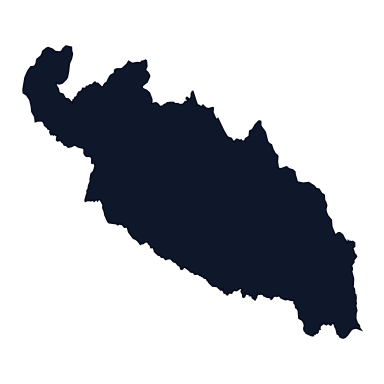 Vibhavadi, Surat Thani, Thailand
{"feature_id": "78962969B95788991871797", "entity_name": "Vibhavadi", "entity_type": "district", "adm_level": 2, "iso_a3": "THA", "parent_name": "Thailand", "parent_adm1": "Surat Thani", "projection": "equal_earth", "projection_center": [98.854, 9.243], "detail": "fine", "context": "isolated", "style": "filled", "palette": "ink", "viewbox_px": 384, "rotation_deg": 0, "n_neighbors": 0, "source": "geoboundaries", "source_scale": "gbopen_adm2", "svg_char_len": 5883}
<svg xmlns="http://www.w3.org/2000/svg" viewBox="0 0 384 384"><path d="M133.3,238.3L135.8,239.3L138.2,241.4L140.4,244.4L141.4,243.7L143.1,243.6L145.3,241.9L147.8,241.9L148.6,243.9L150.4,245.4L150.8,247.6L153.5,247.7L154.6,251.7L158.2,255.1L159.9,255.3L161.4,257.2L163.8,257.4L165.5,259.5L168.9,258.5L170.8,258.9L173.6,261.8L175.7,262.3L178.2,265.3L179.8,265.9L181.0,269.2L182.5,269.1L183.6,267.3L184.9,267.2L189.0,270.1L190.4,271.8L192.1,272.3L193.0,271.9L194.7,274.3L198.2,274.0L199.7,275.4L200.6,275.3L201.5,276.3L203.3,277.0L204.1,278.0L206.4,278.4L207.3,280.6L208.1,280.9L209.2,282.9L212.5,286.1L216.8,286.4L220.7,290.0L221.5,290.0L222.6,289.1L223.0,290.8L223.9,291.4L223.9,292.8L226.4,293.9L227.1,294.9L227.7,294.7L228.7,292.8L231.7,293.2L232.2,291.7L234.3,290.2L236.6,290.7L240.3,288.2L241.5,288.7L241.9,290.1L241.2,291.1L241.4,292.2L242.6,294.1L242.8,296.7L243.3,297.3L244.5,296.8L245.9,293.3L246.9,294.1L249.2,294.4L249.5,295.7L251.9,295.6L252.3,297.8L255.0,299.9L256.7,297.0L256.4,295.8L257.5,294.9L257.5,293.3L259.0,294.2L261.0,294.1L261.6,293.4L262.0,294.1L263.2,294.4L263.7,295.7L265.0,296.2L266.0,295.9L266.2,296.9L267.8,297.4L269.0,297.1L270.8,298.3L271.2,299.3L271.7,298.9L271.6,298.3L272.2,298.4L273.7,296.3L275.2,295.9L276.9,296.4L278.6,295.6L279.9,296.3L280.9,297.8L284.1,299.3L285.6,299.7L286.4,299.0L286.6,299.5L287.6,299.2L291.3,300.4L293.5,300.4L294.1,301.2L294.0,303.0L295.6,305.0L295.4,306.3L295.9,307.9L297.2,308.6L298.3,310.8L298.9,318.3L302.4,320.3L303.9,323.0L304.5,325.7L303.8,328.1L304.0,330.2L306.3,333.3L311.2,335.5L313.1,335.8L314.8,333.4L315.3,333.8L315.5,333.0L317.3,333.1L317.3,332.6L317.9,332.4L318.6,329.8L319.1,329.1L320.0,329.2L319.7,328.4L320.4,325.5L321.6,325.0L322.6,324.0L322.6,323.1L323.5,322.7L324.0,323.3L324.5,323.1L324.3,323.9L326.5,324.7L327.4,323.8L329.1,323.9L330.5,325.1L331.4,324.6L332.2,323.0L333.0,322.9L334.3,324.3L335.1,327.2L336.0,328.6L337.3,334.0L338.8,334.7L340.0,336.9L342.1,337.9L343.7,338.0L345.5,337.1L347.7,334.8L350.9,330.2L352.9,328.6L356.4,328.1L361.0,329.8L359.7,328.1L359.3,325.5L358.6,325.5L358.6,324.6L357.3,323.1L355.7,318.5L356.0,313.0L356.8,310.7L355.7,305.9L356.3,303.0L355.8,301.5L356.1,297.2L355.7,294.7L354.8,294.4L354.3,288.9L352.9,286.8L353.3,284.8L353.5,278.4L351.5,271.2L352.3,269.8L352.2,267.6L351.5,266.5L351.7,265.1L354.0,262.0L353.6,260.2L356.5,256.6L355.9,255.0L354.6,253.8L352.9,248.5L353.1,247.5L354.6,246.6L354.5,242.7L352.7,241.4L351.8,241.8L350.0,241.3L349.4,241.9L348.2,240.7L348.0,242.5L347.2,242.5L344.5,238.6L342.5,234.7L340.0,232.8L338.3,232.7L335.3,235.3L331.8,226.7L331.3,220.0L327.8,215.8L326.2,212.0L325.8,209.5L326.7,205.5L325.8,202.3L324.5,200.2L324.2,195.0L321.4,193.2L319.1,189.2L316.0,188.5L314.4,186.2L308.7,182.5L303.3,183.2L297.3,182.0L295.1,174.4L294.9,171.9L292.8,169.9L288.9,168.8L286.6,166.8L280.7,168.9L278.3,168.1L277.4,161.8L277.8,156.1L276.6,154.6L275.2,153.8L272.9,149.3L271.4,144.7L269.1,143.5L267.6,141.6L265.3,132.2L260.7,125.8L260.8,121.9L260.5,121.3L259.2,120.9L258.3,121.5L255.2,124.8L252.4,129.7L249.7,131.0L249.2,136.3L245.6,138.6L244.6,141.0L242.1,141.4L241.2,139.9L239.1,140.4L237.8,139.4L236.6,139.2L234.7,141.2L233.7,141.5L232.6,140.7L231.4,138.4L228.0,137.3L226.7,135.8L223.8,130.9L217.9,118.5L216.7,119.5L215.7,118.9L212.9,112.3L213.3,107.9L212.5,107.6L208.2,108.8L205.7,107.9L203.0,105.1L200.9,107.3L199.6,105.6L197.7,105.0L196.7,103.4L192.9,91.4L192.4,91.5L191.3,93.6L191.3,96.3L190.4,98.8L189.0,99.1L187.2,97.4L186.5,97.5L186.3,98.9L188.0,99.8L187.9,100.9L184.9,101.9L183.3,104.2L179.9,104.7L177.7,103.6L175.3,103.8L173.3,102.4L170.7,102.4L167.1,102.8L166.5,103.8L164.3,104.5L162.9,106.0L160.7,106.5L159.7,106.3L158.1,104.1L156.0,102.7L151.7,103.8L151.4,103.1L151.9,101.2L151.7,98.9L149.4,92.9L146.7,90.4L142.9,88.7L142.2,87.4L142.4,85.7L147.1,82.0L149.6,76.4L149.4,75.1L147.6,72.1L145.3,70.2L146.9,66.1L146.4,61.0L145.6,60.1L143.5,61.1L141.6,61.3L140.6,63.0L137.8,62.5L132.2,63.4L128.6,61.3L127.1,64.0L122.3,68.4L121.1,68.9L116.7,68.9L115.1,69.6L114.6,70.6L114.7,72.5L113.8,73.7L110.7,75.2L109.0,77.7L106.9,82.2L104.6,83.7L103.3,86.3L102.0,87.5L98.1,83.5L97.0,83.2L96.0,83.7L95.2,82.2L94.7,82.1L91.7,85.2L90.1,84.8L87.9,86.4L86.4,86.5L85.8,88.4L82.7,88.3L82.1,90.2L80.7,91.6L79.0,92.0L77.8,93.9L77.3,94.9L77.3,96.5L76.5,96.6L75.6,97.6L75.0,97.4L73.8,100.0L73.0,100.1L73.3,101.1L72.6,101.8L72.8,102.3L72.2,103.0L68.4,98.9L65.4,98.6L63.0,94.2L59.1,92.9L58.2,88.6L55.8,84.8L56.6,83.4L59.5,83.9L62.5,82.9L66.4,78.9L67.4,77.1L68.6,70.6L69.3,63.6L71.5,58.5L72.3,54.6L72.3,53.0L71.6,51.3L71.4,47.2L65.9,46.0L63.0,48.7L61.6,51.2L59.7,52.0L55.1,51.5L52.5,49.2L48.3,47.6L46.6,48.1L42.8,51.2L42.2,53.6L40.9,56.1L36.9,59.3L36.1,63.5L35.1,65.6L33.6,66.6L30.9,66.8L28.3,70.3L26.6,73.7L25.0,77.6L23.0,89.7L23.3,92.9L26.5,94.9L29.8,99.7L31.3,106.1L31.9,111.7L34.8,116.9L35.3,121.7L37.8,120.9L42.5,120.9L44.3,123.9L44.5,125.3L47.7,128.0L47.8,128.8L49.6,129.5L50.2,130.3L49.9,132.6L51.1,134.7L52.5,134.3L53.7,135.0L54.3,133.7L56.2,135.6L57.5,135.5L57.5,136.5L57.0,137.1L56.5,139.7L56.7,140.3L57.7,140.9L59.7,140.4L61.1,140.7L61.9,142.3L63.1,142.8L64.2,145.0L66.2,145.3L68.2,147.2L71.0,146.7L74.7,144.9L78.6,147.1L83.2,148.1L84.2,149.5L84.0,153.1L85.2,155.4L86.3,156.3L89.6,156.3L91.1,156.9L91.9,158.7L91.7,162.9L92.2,163.4L93.0,162.8L94.1,163.1L95.1,165.9L94.5,167.8L95.3,168.6L94.0,169.3L94.3,171.1L93.5,171.0L93.1,172.1L92.3,172.4L92.2,173.0L91.0,174.0L91.3,174.6L90.8,175.2L90.1,179.8L90.5,180.8L88.6,185.7L88.1,189.3L87.0,190.6L87.1,192.4L87.5,193.0L86.7,194.2L85.8,197.3L85.0,200.2L85.3,201.4L87.5,200.4L91.2,200.8L92.1,199.9L94.1,201.3L96.1,199.6L96.7,199.7L97.5,200.9L98.5,199.5L100.3,199.7L102.8,204.4L103.1,205.8L102.7,207.7L104.3,211.7L104.9,215.0L107.7,221.5L109.1,222.8L116.4,223.7L117.8,224.8L119.5,223.9L121.2,224.4L122.3,224.1L123.0,225.6L124.4,227.2L127.3,227.0L128.7,232.1L133.3,238.3Z" fill="#0f172a" stroke="#020617" stroke-width="1.5"/></svg>